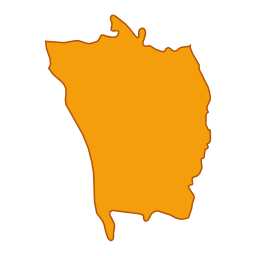 outline of Vaslui
{"feature_id": "ROU-316", "entity_name": "Vaslui", "entity_type": "County", "adm_level": 1, "iso_a3": "ROU", "parent_name": "Romania", "parent_adm1": "", "projection": "orthographic", "projection_center": [27.841, 46.485], "detail": "fine", "context": "isolated", "style": "filled", "palette": "amber", "viewbox_px": 256, "rotation_deg": 0, "n_neighbors": 0, "source": "natural_earth", "source_scale": "10m", "svg_char_len": 2307}
<svg xmlns="http://www.w3.org/2000/svg" viewBox="0 0 256 256"><path d="M190.3,45.6L190.1,47.5L192.7,53.9L199.1,64.9L199.1,69.2L208.0,87.0L209.7,93.2L209.8,94.1L210.2,96.6L210.2,99.7L209.1,102.2L207.6,105.1L206.8,108.4L208.2,112.2L206.7,113.2L206.1,115.0L205.8,123.6L206.2,125.4L208.2,129.5L208.9,130.1L209.6,129.9L210.1,130.1L210.3,132.0L210.4,139.1L210.2,141.1L209.3,142.8L207.0,144.0L208.2,147.1L207.5,148.4L207.2,148.5L206.0,149.0L205.0,150.1L204.1,157.2L203.3,158.1L201.4,158.8L201.1,160.5L201.7,165.2L201.9,168.0L201.6,168.8L199.5,173.6L197.6,175.5L196.1,176.3L194.3,176.8L192.7,177.7L192.1,179.3L192.6,183.2L192.3,184.5L190.5,184.9L188.6,185.8L188.9,187.8L191.8,192.6L192.9,193.9L193.8,195.5L194.3,197.5L192.5,202.9L191.6,208.6L188.9,216.4L188.5,217.6L188.4,217.7L187.9,218.0L182.6,219.2L180.2,219.1L176.1,218.1L170.2,214.9L158.2,211.0L155.9,211.0L153.4,212.2L151.8,213.5L150.6,215.3L149.0,218.6L148.0,220.1L146.7,220.9L145.0,221.0L143.9,219.6L143.6,217.9L143.6,216.1L142.3,214.8L139.8,213.8L112.4,210.4L110.2,211.7L109.6,213.2L109.8,215.0L113.1,221.2L114.0,223.3L114.5,225.4L114.4,227.6L113.5,233.8L113.5,237.3L113.1,238.7L112.6,239.7L111.7,240.3L110.5,240.6L108.9,239.4L107.5,236.9L105.6,231.1L104.1,224.5L102.2,220.4L96.7,212.9L94.6,202.3L93.6,173.1L91.9,162.4L88.3,148.1L82.5,133.9L66.1,104.8L65.4,99.6L66.0,94.4L66.0,88.7L64.1,84.6L61.1,81.2L54.0,75.1L51.8,72.7L50.9,71.2L48.7,68.3L50.5,64.6L50.4,62.0L49.9,58.3L46.5,48.6L45.6,41.3L63.8,42.7L75.7,40.7L78.6,40.7L81.6,41.6L84.4,42.7L88.3,43.6L91.1,43.4L96.9,41.5L98.6,40.0L99.7,38.2L100.4,36.5L101.5,35.0L103.6,35.1L106.4,36.2L112.4,37.3L115.5,36.9L117.5,35.8L118.2,34.3L118.5,32.9L118.5,31.6L118.0,30.8L117.0,30.6L114.1,31.0L112.3,30.8L111.3,30.2L111.0,29.0L111.8,25.7L111.9,23.7L111.6,21.9L110.9,20.3L110.5,18.5L110.7,16.9L112.0,15.4L113.7,15.4L115.8,16.4L125.2,23.8L129.5,28.4L135.5,36.2L137.3,37.5L138.3,37.4L138.8,36.2L138.7,34.1L138.8,31.8L139.5,29.7L141.6,28.2L143.6,28.5L144.9,29.8L145.5,32.1L145.4,34.6L144.0,39.3L143.2,41.3L142.8,43.0L143.0,44.7L144.6,46.0L146.7,46.2L149.2,45.8L150.9,46.3L155.9,49.5L161.7,51.5L164.0,51.5L165.4,50.4L165.9,48.9L167.9,47.7L169.2,47.9L170.7,48.8L172.1,50.2L174.0,51.1L175.9,51.0L177.3,50.1L178.4,49.1L181.1,47.4L189.0,46.3L190.2,45.7L190.3,45.6Z" fill="#f59e0b" stroke="#b45309" stroke-width="1.5"/></svg>